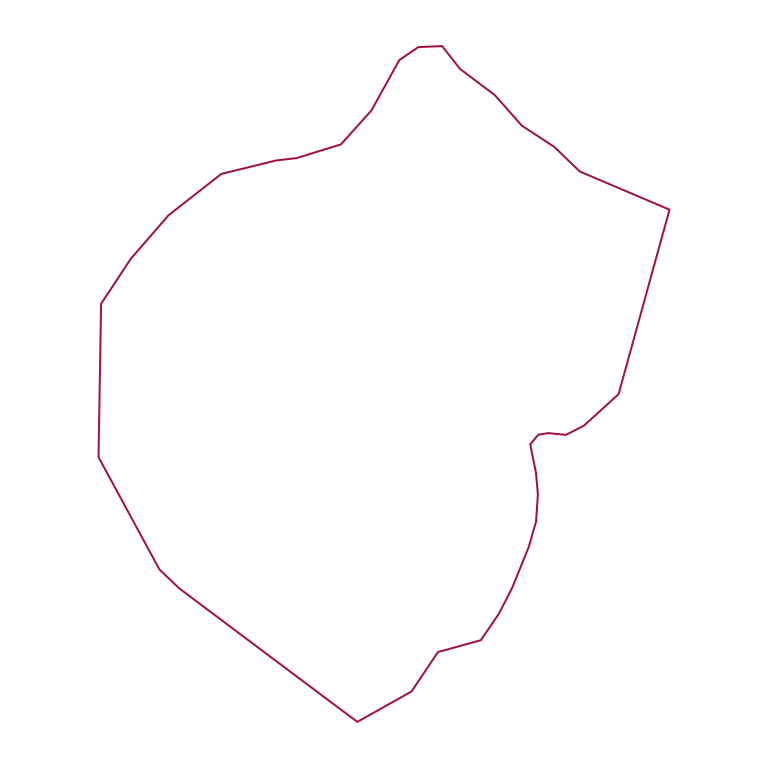 Mirna Pec, orthographic projection
{"feature_id": "SVN-242", "entity_name": "Mirna Pec", "entity_type": "Municipality", "adm_level": 1, "iso_a3": "SVN", "parent_name": "Slovenia", "parent_adm1": "", "projection": "orthographic", "projection_center": [15.099, 45.85], "detail": "fine", "context": "isolated", "style": "outline", "palette": "rose", "viewbox_px": 768, "rotation_deg": 0, "n_neighbors": 0, "source": "natural_earth", "source_scale": "10m", "svg_char_len": 565}
<svg xmlns="http://www.w3.org/2000/svg" viewBox="0 0 768 768"><path d="M669.5,209.7L618.6,394.1L584.0,425.6L565.9,434.9L548.3,433.1L538.4,434.7L530.2,444.2L536.0,472.9L537.9,494.6L536.0,521.8L528.6,547.4L512.1,588.0L499.0,613.6L480.8,640.2L438.0,652.0L411.6,691.4L357.3,721.9L179.1,588.3L159.4,569.4L98.5,457.1L101.1,303.8L130.7,258.9L168.6,215.2L221.3,173.9L275.9,160.5L296.5,158.1L340.9,144.4L371.4,110.5L399.3,60.1L418.3,47.1L442.1,46.1L460.2,69.1L494.8,95.1L521.9,125.7L554.3,146.9L579.8,171.5L669.5,209.7Z" fill="none" stroke="#9f1239" stroke-width="2"/></svg>